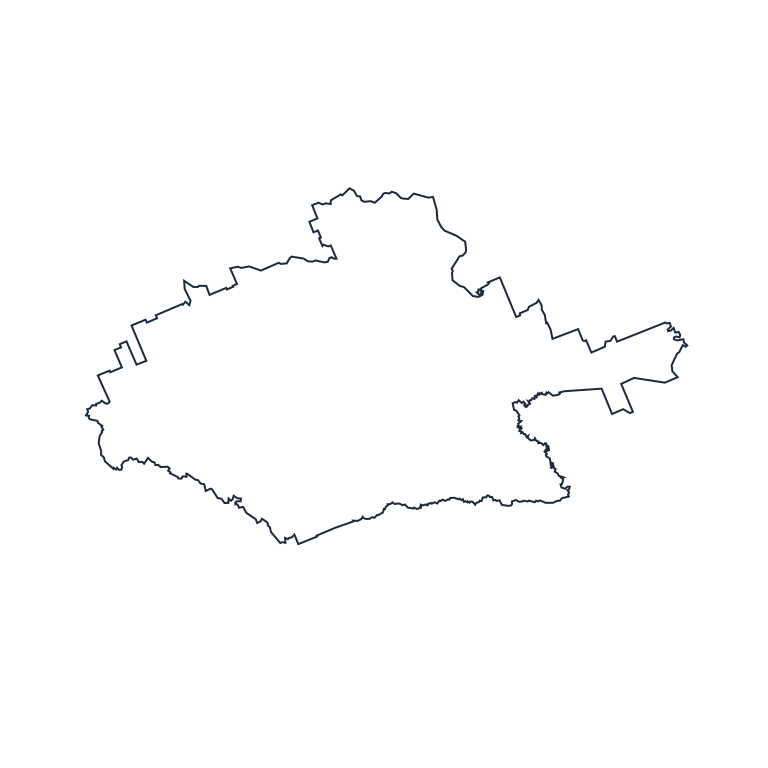 the district of Latrobe (Vic.), Victoria, Australia, rotated 58°
{"feature_id": "25037944B78078629114467", "entity_name": "Latrobe (Vic.)", "entity_type": "district", "adm_level": 2, "iso_a3": "AUS", "parent_name": "Australia", "parent_adm1": "Victoria", "projection": "orthographic", "projection_center": [146.558, -38.254], "detail": "fine", "context": "isolated", "style": "outline", "palette": "slate", "viewbox_px": 768, "rotation_deg": 58, "n_neighbors": 0, "source": "geoboundaries", "source_scale": "gbopen_adm2", "svg_char_len": 6165}
<svg xmlns="http://www.w3.org/2000/svg" viewBox="0 0 768 768"><g transform="rotate(58 384 384)"><path d="M207.2,445.7L204.4,453.1L221.3,455.7L220.6,460.3L221.6,460.4L220.6,467.1L218.9,466.8L216.0,484.7L206.7,482.8L202.7,488.7L203.1,490.4L200.6,494.3L190.6,498.8L197.9,502.7L210.8,503.9L214.0,507.3L209.0,508.8L210.2,512.7L209.2,513.0L204.8,541.1L208.0,541.6L206.3,552.5L203.1,552.2L200.6,567.1L238.4,573.3L236.4,583.6L211.4,579.8L210.2,587.0L213.6,587.6L212.4,594.6L231.0,597.5L229.0,610.0L227.2,609.7L225.1,622.2L253.6,626.0L254.3,628.3L253.0,630.5L248.6,632.2L249.2,634.9L248.4,638.9L249.6,639.6L247.4,642.7L248.9,646.5L248.1,649.1L250.8,649.6L252.7,653.4L254.7,650.9L256.3,652.4L258.1,652.0L263.4,646.6L265.5,647.1L270.2,645.1L270.5,646.3L273.9,646.2L274.3,648.3L275.4,648.5L277.6,652.9L283.1,657.4L290.9,659.3L294.1,661.5L297.7,660.5L301.7,661.6L312.4,658.5L311.8,657.7L314.6,656.6L313.6,654.8L316.2,654.3L317.5,652.2L315.5,650.0L313.8,649.8L311.9,645.9L312.9,641.2L311.4,639.0L312.5,637.4L315.2,636.9L316.3,633.2L320.3,633.3L321.9,630.2L324.5,629.7L321.6,623.3L326.7,622.1L328.8,620.2L331.6,620.8L333.1,618.3L336.1,617.4L339.5,611.3L342.1,610.6L343.1,613.0L345.6,611.9L346.2,612.8L353.6,608.2L355.1,608.5L356.9,605.9L355.6,603.7L358.0,600.6L355.3,599.1L355.8,598.5L365.1,594.7L367.0,592.7L371.2,592.3L373.8,589.6L380.3,591.8L380.8,586.6L382.2,585.6L392.6,585.5L395.1,582.7L400.4,582.3L402.4,579.0L398.8,576.5L401.9,575.6L401.4,573.3L399.1,570.7L403.2,568.9L405.3,566.0L407.5,567.8L405.5,570.9L405.7,572.9L407.1,573.6L407.0,572.8L409.7,572.0L412.1,572.6L413.5,568.7L420.4,569.0L430.8,564.4L434.7,565.2L435.1,561.7L433.7,558.9L438.5,556.7L440.6,556.3L442.2,557.5L444.9,556.7L449.8,558.3L463.9,556.2L464.2,554.1L466.4,551.8L462.1,549.4L464.7,547.6L464.2,546.1L465.2,543.3L464.2,539.8L474.4,541.5L477.9,521.6L476.9,521.4L480.0,502.0L484.3,482.8L483.4,482.7L486.2,478.8L486.5,474.9L485.4,472.5L486.6,472.7L489.3,470.3L490.7,467.6L490.7,464.6L492.4,462.9L491.4,459.3L492.2,458.4L492.3,452.9L489.9,450.3L490.6,449.5L489.1,447.4L488.8,444.3L488.1,444.4L489.1,442.2L488.9,439.5L491.3,438.7L493.4,434.4L496.7,432.4L497.3,430.1L501.7,429.2L505.2,425.0L504.7,424.1L507.5,422.2L508.2,419.4L507.4,418.6L508.2,418.0L505.9,416.7L507.5,415.5L508.3,412.4L509.7,411.8L509.9,410.7L508.9,410.0L510.0,407.0L510.8,406.9L511.1,403.8L513.5,402.2L512.3,398.6L513.4,397.7L513.1,395.6L515.6,394.0L515.8,390.6L516.7,389.7L515.7,388.3L517.7,384.7L521.2,381.9L521.2,380.6L523.6,379.8L523.5,378.2L526.4,378.6L526.6,376.9L528.4,376.1L527.9,375.2L530.0,374.3L529.5,373.0L530.5,371.4L534.6,370.6L533.7,369.3L534.4,365.7L533.6,364.8L534.9,363.4L532.6,360.2L534.3,357.3L533.2,355.6L534.4,354.1L535.9,354.2L537.0,352.2L540.6,352.9L541.4,350.9L543.0,350.3L543.8,347.7L549.0,348.1L553.2,343.2L554.3,340.9L553.8,339.2L551.4,337.7L552.3,333.6L555.4,331.9L557.0,328.9L556.8,327.6L559.8,324.4L559.6,323.0L564.1,318.9L563.5,316.8L565.2,315.7L565.5,313.3L570.3,310.0L574.3,303.6L574.8,299.1L576.2,296.7L575.1,293.6L577.4,286.9L575.4,286.6L574.3,284.6L571.2,284.7L571.6,283.1L569.6,280.9L568.4,282.4L568.7,286.0L565.7,288.3L562.7,287.5L563.1,286.0L559.8,282.5L557.7,283.3L558.2,281.3L554.6,284.4L551.9,284.1L548.8,285.6L547.0,283.5L545.6,284.5L543.7,283.8L544.0,286.4L543.2,286.7L542.9,284.2L541.3,285.6L539.9,284.9L541.9,283.6L540.8,282.7L538.5,284.3L535.0,282.8L531.4,284.7L530.0,284.4L529.6,282.9L526.7,283.6L526.9,282.0L525.6,282.2L525.2,280.1L527.4,280.5L527.6,279.2L524.2,277.7L523.1,277.9L523.1,279.3L520.5,278.0L519.5,278.7L520.3,281.1L517.0,282.2L516.0,284.5L514.6,283.4L513.1,285.0L510.0,284.8L511.0,286.2L509.6,289.5L505.6,290.7L504.4,289.3L504.4,291.2L501.3,290.8L500.5,292.0L498.7,292.0L498.3,293.6L497.4,292.6L494.9,294.7L495.9,293.1L494.3,292.5L494.8,290.0L493.1,292.3L492.5,290.8L491.3,293.5L490.4,293.0L490.7,291.9L488.7,291.2L488.2,287.2L486.0,289.3L484.8,287.5L482.9,287.3L482.4,285.8L476.9,285.9L474.9,287.4L468.5,285.1L469.1,281.9L470.4,281.0L469.1,278.4L473.2,277.2L472.8,275.2L475.6,274.7L476.3,276.4L478.7,275.9L478.9,274.5L477.8,274.4L478.2,270.8L475.4,270.8L476.4,270.2L475.1,269.1L475.6,267.4L474.7,265.9L476.3,264.4L475.1,263.7L476.1,261.8L474.2,261.9L475.0,260.3L473.7,258.5L475.2,258.3L474.4,256.7L475.2,256.6L475.1,254.9L476.3,255.3L478.8,252.8L477.4,250.8L478.5,250.6L478.3,248.7L483.4,247.0L485.5,241.9L485.4,239.9L484.1,239.8L485.8,234.7L503.3,201.9L530.3,206.5L532.1,194.5L539.0,190.9L539.6,187.7L509.6,182.8L511.3,168.8L531.7,145.1L533.8,131.3L526.0,132.7L520.4,130.0L513.5,119.2L513.4,116.7L509.4,110.1L512.3,108.4L511.9,106.4L508.0,107.6L504.6,106.5L502.4,112.3L499.7,114.4L498.3,113.5L498.4,111.2L501.0,108.6L499.4,106.8L496.0,106.5L494.7,109.8L489.9,108.7L490.7,112.5L489.7,115.0L488.2,114.7L487.3,110.2L483.6,109.4L482.4,112.2L480.9,112.9L471.6,163.9L465.7,162.9L465.2,164.5L467.4,169.1L465.5,173.7L469.4,176.9L467.2,191.5L454.0,189.4L453.9,191.3L452.4,192.4L440.3,190.3L435.0,217.2L426.2,213.9L418.5,213.1L418.4,214.3L410.7,211.1L404.5,210.8L400.8,208.6L394.6,208.4L396.0,211.5L395.4,220.1L397.4,223.0L396.0,231.3L397.9,232.3L397.2,236.4L355.0,229.3L352.9,241.9L354.0,241.4L354.7,243.3L354.3,250.7L355.1,251.5L353.9,254.0L355.7,254.9L355.4,256.8L359.4,255.8L358.1,252.6L356.0,252.4L357.9,250.6L360.6,253.5L360.1,257.9L356.5,262.0L344.3,264.8L340.8,267.8L332.3,270.9L325.9,267.5L324.5,265.7L322.1,265.6L315.7,252.1L316.7,249.5L315.9,245.6L314.1,243.4L306.3,239.8L296.8,243.9L286.0,251.4L281.0,252.3L272.7,251.6L264.4,247.1L251.4,243.3L249.3,247.8L238.3,257.9L239.9,265.4L236.8,269.6L235.2,271.1L228.6,272.6L225.0,275.6L225.3,278.5L222.7,281.5L222.2,283.9L223.8,286.3L225.4,295.8L221.8,298.5L219.0,304.3L216.2,305.8L212.4,304.9L210.2,307.3L204.0,307.1L199.8,309.6L201.9,319.4L200.3,320.1L200.1,331.8L203.1,333.8L199.8,337.9L199.2,340.9L195.5,343.6L194.3,350.2L208.3,352.7L206.9,361.3L218.0,363.4L218.8,358.7L226.3,359.9L226.0,361.8L234.3,363.1L233.8,361.6L237.8,358.3L238.3,355.7L252.5,357.9L251.3,359.9L248.6,361.4L248.3,363.5L250.6,366.9L249.3,370.1L242.8,376.8L242.5,379.5L239.7,383.5L235.0,385.7L227.0,394.9L227.4,397.4L230.2,402.6L227.6,407.7L225.4,409.1L222.6,428.2L212.8,436.1L210.0,443.4L207.2,445.7Z" fill="none" stroke="#1e293b" stroke-width="2"/></g></svg>